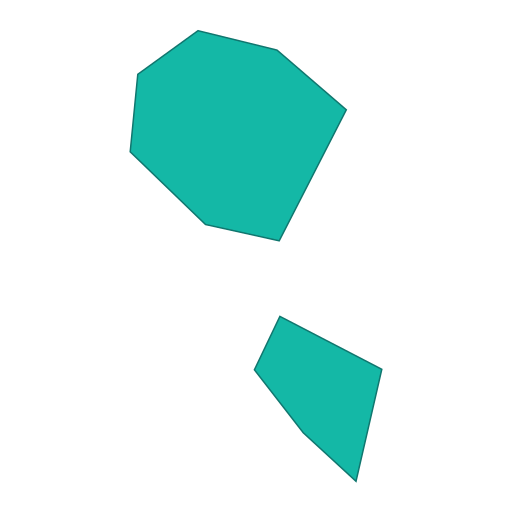 the state/province of Planken
{"feature_id": "LIE-4901", "entity_name": "Planken", "entity_type": "state/province", "adm_level": 1, "iso_a3": "LIE", "parent_name": "Liechtenstein", "parent_adm1": "", "projection": "equal_earth", "projection_center": [9.551, 47.174], "detail": "fine", "context": "isolated", "style": "filled", "palette": "teal", "viewbox_px": 512, "rotation_deg": 0, "n_neighbors": 0, "source": "natural_earth", "source_scale": "10m", "svg_char_len": 298}
<svg xmlns="http://www.w3.org/2000/svg" viewBox="0 0 512 512"><path d="M346.3,109.8L279.2,240.8L205.5,224.5L130.2,151.8L137.8,74.3L198.0,30.7L277.0,50.1L346.3,109.8ZM279.9,316.4L381.8,369.3L356.0,481.3L303.3,432.8L254.4,369.8L279.9,316.4Z" fill="#14b8a6" stroke="#0f766e" stroke-width="1.5"/></svg>